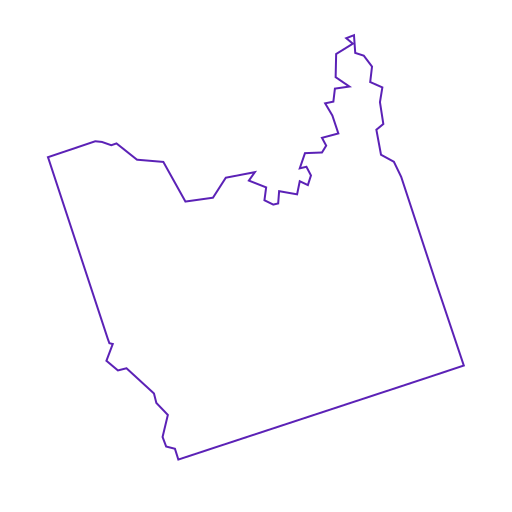 outline of Ouachita, Arkansas, United States of America, rotated 250°
{"feature_id": "52423323B57223393950", "entity_name": "Ouachita", "entity_type": "district", "adm_level": 2, "iso_a3": "USA", "parent_name": "United States of America", "parent_adm1": "Arkansas", "projection": "mercator", "projection_center": [-92.764, 33.589], "detail": "fine", "context": "isolated", "style": "outline", "palette": "violet", "viewbox_px": 512, "rotation_deg": 250, "n_neighbors": 0, "source": "geoboundaries", "source_scale": "gbopen_adm2", "svg_char_len": 983}
<svg xmlns="http://www.w3.org/2000/svg" viewBox="0 0 512 512"><g transform="rotate(250 256 256)"><path d="M430.0,423.6L429.8,415.3L422.4,419.6L418.4,400.4L396.8,392.0L383.3,401.7L386.3,387.4L374.6,381.5L375.8,373.2L361.9,375.8L343.0,375.3L344.5,358.4L335.7,359.7L330.7,353.4L335.9,337.2L323.4,327.1L322.6,333.9L312.9,335.2L304.9,329.0L311.3,322.7L299.9,315.7L309.0,299.9L297.8,294.8L298.4,289.8L305.5,283.0L317.0,289.0L329.3,275.1L335.2,283.6L339.9,254.4L325.5,235.5L331.3,208.3L376.1,201.1L387.2,177.1L409.5,163.4L409.6,157.9L415.9,150.2L418.8,144.2L420.0,94.3L418.4,94.3L229.1,88.4L224.2,88.4L222.3,91.3L208.7,79.6L195.7,87.1L194.8,95.9L161.7,113.1L152.0,112.1L136.8,118.8L117.9,106.3L107.7,106.4L102.6,113.9L91.3,113.4L83.6,358.9L82.0,413.8L148.2,415.5L170.6,416.0L192.2,416.7L280.6,419.5L297.4,417.8L308.4,408.1L333.5,412.3L336.5,420.8L358.2,425.1L371.2,432.4L380.4,422.8L394.3,429.8L407.4,425.8L412.9,418.7L430.0,423.6Z" fill="none" stroke="#5b21b6" stroke-width="2"/></g></svg>